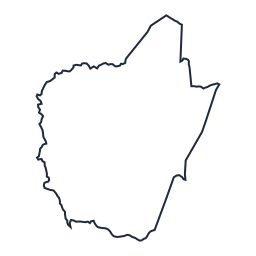 Tejuçuoca, Ceará, Brazil (Mercator projection)
{"feature_id": "56859067B66603030314401", "entity_name": "Tejuçuoca", "entity_type": "district", "adm_level": 2, "iso_a3": "BRA", "parent_name": "Brazil", "parent_adm1": "Ceará", "projection": "mercator", "projection_center": [-39.614, -3.923], "detail": "fine", "context": "isolated", "style": "outline", "palette": "slate", "viewbox_px": 256, "rotation_deg": 0, "n_neighbors": 0, "source": "geoboundaries", "source_scale": "gbopen_adm2", "svg_char_len": 2265}
<svg xmlns="http://www.w3.org/2000/svg" viewBox="0 0 256 256"><path d="M219.3,84.4L217.2,83.4L214.8,84.1L212.3,84.7L209.6,85.7L207.5,87.0L205.1,87.7L203.3,88.5L201.1,86.7L198.7,86.4L196.5,86.7L194.3,86.2L191.4,86.2L189.7,69.0L189.4,66.4L188.7,64.1L188.9,61.2L187.9,59.7L186.0,58.9L183.4,58.5L182.4,60.5L180.4,61.6L181.9,24.7L179.8,23.8L177.4,21.8L174.3,20.4L172.4,19.1L170.5,18.1L168.0,16.4L166.3,15.4L150.8,25.7L147.6,31.8L132.0,51.2L127.2,57.1L126.1,58.6L125.4,60.8L125.2,62.9L123.0,64.0L120.9,63.8L120.1,65.5L117.1,66.4L115.0,66.2L112.5,64.1L110.4,64.1L108.3,64.7L105.7,63.0L103.3,63.5L101.4,64.6L98.9,65.7L97.1,68.4L93.8,66.4L90.3,68.6L88.9,65.9L86.7,63.5L83.9,63.2L82.1,63.6L80.8,65.5L78.9,65.2L76.4,64.8L73.6,65.5L73.5,67.4L70.7,70.6L69.2,71.5L65.4,70.8L62.7,70.6L61.7,72.8L58.7,73.9L56.4,72.5L54.7,74.1L54.7,77.5L50.2,81.0L46.8,82.1L44.9,84.8L43.6,87.4L41.9,90.9L41.5,94.0L40.0,95.4L37.3,94.5L36.7,96.4L38.3,99.2L40.6,101.0L41.6,103.8L38.1,104.6L38.1,106.9L40.0,109.6L39.0,112.5L41.6,114.4L43.1,116.2L41.7,119.0L41.1,122.1L39.4,124.1L41.1,127.1L42.6,130.4L43.0,133.2L43.4,137.0L45.8,141.4L46.3,143.6L44.5,144.1L42.8,144.8L41.8,146.9L40.0,149.0L39.9,151.0L39.4,153.5L38.8,156.4L37.0,157.6L38.2,159.6L41.5,159.0L42.6,161.3L44.5,162.2L44.8,165.7L45.5,167.4L46.1,169.9L46.9,173.4L46.8,176.6L48.7,177.6L49.2,180.0L48.2,181.6L46.2,182.1L44.4,182.9L43.8,185.4L44.6,188.0L47.1,188.8L50.2,189.9L53.6,190.5L55.2,192.4L56.5,194.0L57.3,195.8L58.8,197.6L59.5,199.3L59.9,201.1L59.9,203.5L61.4,205.0L62.0,207.1L62.9,209.4L64.9,211.7L65.1,215.0L65.6,218.6L67.3,220.6L67.3,222.7L68.0,224.7L70.5,227.0L69.7,223.2L71.0,219.9L74.0,220.6L76.0,221.7L80.0,221.5L82.3,221.8L85.3,222.2L87.8,221.6L89.9,223.1L91.2,221.2L93.7,220.8L94.4,222.8L95.8,225.0L97.7,227.1L99.9,227.6L102.7,228.1L105.0,228.2L107.7,229.1L109.9,231.1L111.9,234.4L113.9,236.3L117.4,237.0L121.0,236.5L124.5,235.9L127.2,234.8L129.8,235.3L131.8,236.7L135.5,238.1L137.5,239.5L139.7,240.6L141.8,240.3L143.7,238.9L145.7,238.2L147.3,236.0L148.4,233.7L150.4,231.5L152.4,230.6L154.6,230.1L166.7,197.3L173.0,179.6L173.8,177.3L176.6,175.5L179.3,175.2L182.2,177.2L183.6,179.3L185.4,179.8L184.9,174.0L185.7,160.4L197.1,140.5L202.0,132.0L205.9,120.8L216.0,89.9L219.3,84.4Z" fill="none" stroke="#1e293b" stroke-width="2"/></svg>